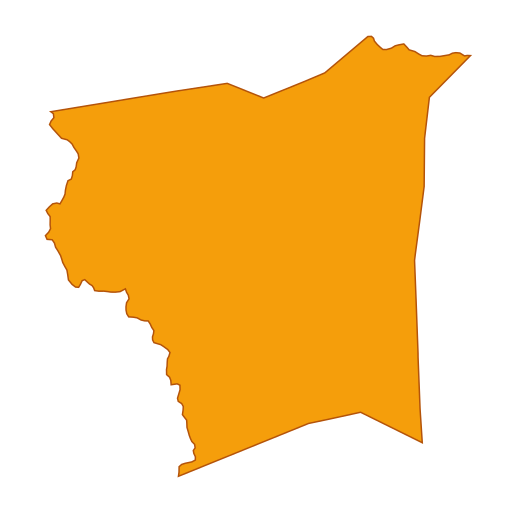 Boquira, Bahia, Brazil (orthographic projection), rotated 181°
{"feature_id": "56859067B56543556798055", "entity_name": "Boquira", "entity_type": "district", "adm_level": 2, "iso_a3": "BRA", "parent_name": "Brazil", "parent_adm1": "Bahia", "projection": "orthographic", "projection_center": [-42.646, -12.726], "detail": "fine", "context": "isolated", "style": "filled", "palette": "amber", "viewbox_px": 512, "rotation_deg": 181, "n_neighbors": 0, "source": "geoboundaries", "source_scale": "gbopen_adm2", "svg_char_len": 2331}
<svg xmlns="http://www.w3.org/2000/svg" viewBox="0 0 512 512"><g transform="rotate(181 256 256)"><path d="M446.9,242.1L444.8,238.6L443.9,233.9L443.1,228.8L439.4,224.4L435.9,221.8L432.8,221.6L431.1,224.5L429.4,228.3L426.8,229.4L424.4,227.2L422.0,225.1L419.4,223.6L417.8,221.4L416.7,218.6L412.7,218.1L407.6,218.2L403.5,217.8L400.6,217.4L396.1,217.4L391.3,218.0L386.0,220.9L384.8,217.5L383.0,214.6L382.2,211.0L384.6,207.0L385.1,203.0L385.0,199.7L384.2,196.0L382.2,192.9L377.7,192.7L373.8,192.1L369.8,190.0L366.1,189.2L362.7,189.2L360.6,186.2L359.0,182.8L356.8,179.6L357.2,176.3L358.1,173.3L357.9,170.3L356.5,167.6L353.3,166.7L349.7,165.7L347.0,164.0L342.7,161.0L340.3,158.0L341.4,154.1L342.7,151.6L342.9,148.5L343.0,144.2L343.5,140.9L343.3,135.8L340.3,133.3L339.0,130.1L338.6,125.8L332.6,126.8L329.8,125.5L329.6,121.0L330.7,117.0L332.0,112.4L331.2,109.3L327.7,107.1L326.1,104.3L326.2,100.6L326.8,96.1L324.4,93.0L322.5,90.7L322.2,87.2L322.0,83.4L320.6,78.9L319.6,75.5L318.3,72.2L316.9,69.4L314.1,66.6L313.5,63.1L315.3,60.4L314.7,57.5L313.1,54.2L313.1,50.9L316.6,49.0L323.2,47.5L326.7,46.3L329.2,44.0L329.2,38.5L329.7,34.4L200.5,89.5L180.3,94.1L148.7,101.6L86.5,72.2L89.3,106.0L92.2,157.6L92.3,161.5L95.2,215.1L97.4,254.4L96.8,260.1L92.8,294.9L89.1,328.4L89.5,376.6L85.4,417.7L45.1,460.1L48.2,460.2L51.0,459.7L55.7,462.5L59.8,462.8L63.2,462.2L66.4,460.5L75.4,458.8L80.8,458.6L84.8,459.7L89.0,458.9L93.5,459.1L96.8,460.8L100.7,463.2L103.6,464.0L106.5,464.8L108.5,467.1L111.9,470.6L116.9,469.6L120.5,468.6L124.2,466.2L129.1,464.7L132.8,464.7L135.5,466.9L138.5,469.6L141.4,473.0L142.3,475.8L144.4,477.6L148.0,477.4L169.6,458.5L190.4,440.3L212.3,430.6L251.1,414.1L287.8,428.1L337.3,419.7L352.3,417.0L463.7,396.7L461.1,394.8L460.5,390.8L463.2,387.4L464.7,383.8L461.3,379.6L456.5,374.5L452.5,370.3L446.8,368.9L444.2,367.0L441.8,364.7L439.9,361.3L437.5,358.0L435.6,355.1L434.8,350.9L436.9,346.1L437.4,341.9L438.3,339.1L440.7,337.0L441.0,333.2L442.0,329.7L445.3,328.0L446.8,323.2L447.7,318.4L448.0,314.6L449.2,311.5L451.2,307.7L452.9,304.7L456.1,305.5L460.2,304.6L463.4,301.6L466.6,298.0L464.9,294.8L462.5,291.8L462.4,288.2L462.4,283.5L461.9,279.7L463.7,276.2L466.9,272.7L465.2,269.0L460.1,268.7L457.8,265.5L456.5,261.2L454.2,257.8L451.4,253.0L450.0,249.0L449.1,246.1L446.9,242.1Z" fill="#f59e0b" stroke="#b45309" stroke-width="1.5"/></g></svg>